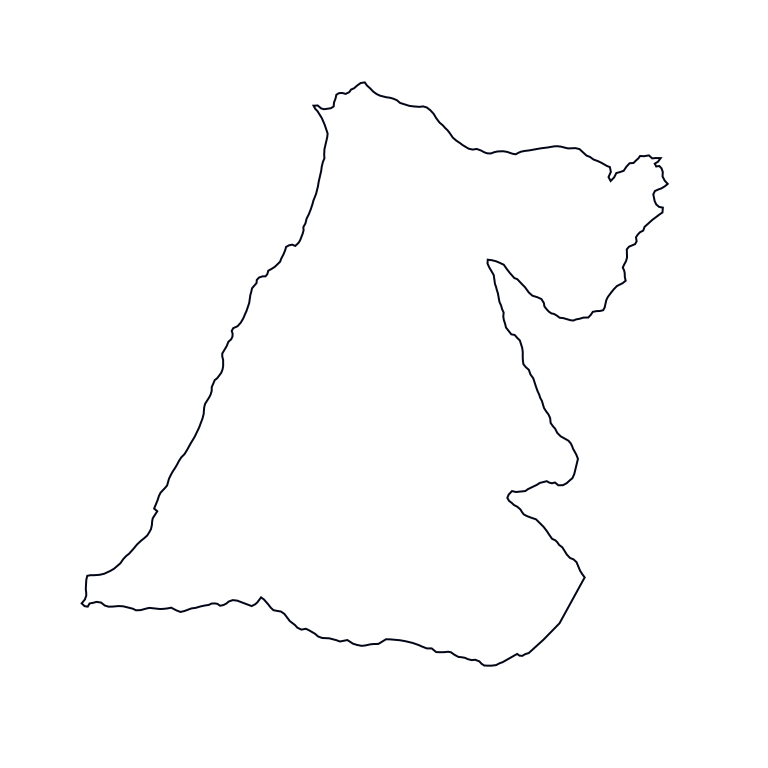 Porto Seguro, Bahia, Brazil, rotated 194°
{"feature_id": "56859067B83893589630765", "entity_name": "Porto Seguro", "entity_type": "district", "adm_level": 2, "iso_a3": "BRA", "parent_name": "Brazil", "parent_adm1": "Bahia", "projection": "orthographic", "projection_center": [-39.285, -16.636], "detail": "fine", "context": "isolated", "style": "outline", "palette": "ink", "viewbox_px": 768, "rotation_deg": 194, "n_neighbors": 0, "source": "geoboundaries", "source_scale": "gbopen_adm2", "svg_char_len": 6162}
<svg xmlns="http://www.w3.org/2000/svg" viewBox="0 0 768 768"><g transform="rotate(194 384 384)"><path d="M142.5,244.9L145.8,247.6L148.5,250.2L154.1,257.7L157.7,259.7L161.4,260.2L165.3,262.7L171.5,268.7L175.1,270.2L177.6,272.4L180.0,273.8L183.4,274.4L187.0,277.5L190.2,280.5L194.6,284.0L203.8,289.5L208.0,289.8L213.3,290.4L216.9,291.3L219.2,293.2L221.3,295.3L225.1,297.2L228.6,298.0L231.2,299.5L234.3,300.8L236.8,303.3L236.3,306.8L233.9,311.1L229.9,311.1L221.0,314.3L218.9,316.8L211.2,323.2L208.9,325.7L202.5,329.1L199.9,328.3L197.0,328.3L194.3,329.8L190.4,327.9L185.9,329.1L182.7,332.0L180.4,335.5L178.4,338.2L177.6,342.7L177.7,358.3L180.5,362.2L184.9,366.9L186.5,369.3L188.5,371.6L191.3,373.6L200.0,376.0L204.1,378.5L207.2,382.1L209.6,383.7L212.8,386.4L214.6,391.2L217.2,394.4L220.0,396.6L223.0,399.5L226.7,405.8L229.2,408.5L230.6,410.9L233.1,414.0L235.4,417.4L240.6,425.7L244.2,428.7L246.9,432.8L250.4,434.6L253.5,436.9L255.0,440.6L256.0,444.0L257.1,448.6L258.6,452.4L262.7,459.1L265.6,460.8L269.1,463.2L272.5,463.0L279.3,468.3L281.1,471.8L283.2,475.1L284.6,478.4L285.2,482.3L287.6,485.3L289.2,488.2L291.9,491.7L295.4,499.5L297.2,502.4L298.7,505.2L300.5,507.9L303.9,516.3L310.0,522.5L312.7,525.9L313.4,529.7L309.2,530.2L305.1,530.2L301.7,529.7L296.6,528.7L292.5,525.1L288.5,522.0L283.1,518.3L280.1,518.0L274.2,514.2L270.7,512.1L265.6,507.8L261.4,505.6L256.2,505.3L251.8,504.5L248.5,501.3L247.1,498.1L244.6,496.1L241.6,494.1L238.6,493.0L235.9,493.1L232.9,492.2L229.6,490.8L226.0,491.3L218.5,491.0L215.6,491.4L213.0,493.3L210.2,494.5L206.5,496.7L201.9,497.9L200.0,501.3L198.9,504.5L195.5,506.1L192.1,507.1L189.2,508.6L188.4,511.6L188.6,519.0L187.9,522.5L185.8,527.5L183.9,531.6L181.7,535.4L176.8,539.6L174.5,542.7L176.2,546.0L177.3,549.9L178.6,552.5L180.5,554.7L179.9,557.9L178.9,561.7L178.8,565.6L181.0,573.4L179.5,576.5L174.2,580.5L173.4,583.6L175.0,587.3L173.9,590.4L172.4,593.1L169.6,595.6L169.2,599.5L163.4,608.1L157.9,614.9L155.3,617.8L156.1,622.6L159.9,622.4L163.3,624.1L165.6,626.9L168.6,633.2L167.8,636.8L164.9,639.1L162.3,640.8L159.3,643.8L157.1,646.8L160.7,649.1L163.9,652.7L164.8,657.2L166.9,660.4L169.6,662.1L172.5,660.9L174.6,663.3L171.9,666.0L170.2,670.1L175.0,669.0L178.3,667.8L182.3,669.9L186.9,667.9L190.7,667.2L191.8,664.4L193.6,661.8L195.4,658.8L199.1,657.6L201.4,653.4L203.0,648.9L206.5,646.6L209.6,644.9L210.7,640.1L213.2,635.8L216.2,639.1L215.2,644.7L217.3,649.1L220.5,649.5L226.4,651.2L230.3,652.0L235.0,652.5L239.2,654.2L242.7,654.6L251.1,659.2L255.2,659.2L262.5,657.1L270.0,657.1L273.6,656.6L276.5,655.7L282.9,652.9L288.9,650.6L299.6,645.8L303.8,644.2L307.2,642.6L309.6,640.8L311.7,638.8L314.7,638.5L317.4,638.7L320.6,639.0L324.5,638.7L327.4,637.9L330.1,637.1L333.1,635.6L336.2,633.5L339.6,632.8L342.8,633.1L346.2,634.0L350.9,634.5L354.7,632.9L358.8,632.8L365.4,634.8L368.7,636.2L372.6,637.6L376.8,639.7L381.3,643.7L383.8,645.6L386.6,647.2L389.3,649.1L393.4,651.1L397.8,654.7L401.1,658.1L405.2,660.8L409.5,662.7L413.3,662.8L416.6,661.5L421.9,660.6L426.5,660.0L436.4,660.6L440.2,662.5L444.2,663.1L447.5,663.2L451.0,662.8L457.7,662.8L461.1,663.5L465.0,665.0L468.8,667.4L472.9,669.6L475.6,672.0L479.4,670.4L482.1,667.3L484.6,663.7L487.2,661.7L488.3,658.8L491.4,656.2L494.9,656.3L498.1,655.3L500.2,653.1L500.1,649.2L500.6,645.1L500.0,641.1L502.3,638.7L508.7,636.1L511.7,636.2L515.7,638.2L519.7,637.0L517.3,634.4L514.5,632.6L508.7,627.0L504.2,621.1L499.3,613.4L498.8,609.8L498.6,597.5L497.5,591.9L496.4,588.6L497.0,584.8L497.0,579.8L496.5,575.7L496.3,564.5L495.9,559.8L495.9,556.3L495.9,552.1L496.9,544.5L496.9,541.4L497.3,536.0L498.0,530.6L499.1,525.7L499.1,520.7L500.2,516.8L499.2,513.5L499.3,510.0L500.2,503.0L501.1,500.2L503.5,496.5L506.8,497.0L509.7,495.6L512.2,493.3L512.2,490.4L512.9,485.5L514.0,481.0L514.4,477.5L518.2,471.4L520.5,468.9L523.7,465.9L523.8,462.4L525.0,459.8L527.8,459.1L531.0,457.1L532.6,454.2L532.1,451.1L535.2,445.0L535.1,441.4L535.2,437.9L534.4,430.0L535.1,421.5L535.8,417.8L536.2,414.7L536.9,411.9L537.9,408.7L540.1,404.6L543.8,401.7L544.6,398.6L543.1,396.3L542.5,393.3L543.1,390.4L545.2,387.3L545.8,382.8L548.3,374.4L547.6,371.6L545.9,368.4L544.4,362.5L544.2,358.9L544.6,355.6L546.2,351.7L547.4,349.0L549.2,346.8L549.7,343.3L550.4,339.4L549.5,335.5L549.7,331.7L550.4,328.7L552.8,321.5L552.8,317.6L551.7,311.1L551.8,306.2L552.9,296.8L553.5,294.0L554.9,287.1L557.3,279.3L559.1,272.4L560.6,267.7L562.9,263.9L564.4,259.5L565.3,255.7L566.5,251.7L567.8,248.1L568.8,244.4L569.7,240.1L569.9,233.1L571.3,230.2L574.5,224.5L575.3,220.9L575.6,216.4L576.9,207.5L573.2,205.7L575.9,197.8L575.7,194.3L575.1,191.1L575.0,186.8L575.8,183.6L577.1,179.7L579.5,176.2L582.0,172.9L584.9,168.4L586.9,164.1L590.3,157.6L592.6,154.7L594.6,151.1L596.4,146.3L601.3,139.4L604.5,136.3L609.6,132.2L613.7,130.1L618.2,128.6L622.7,127.4L625.5,126.1L625.5,122.1L624.4,116.2L623.7,112.7L622.5,109.6L621.7,106.6L622.1,102.6L624.3,98.0L620.7,96.0L617.6,96.3L616.6,99.8L613.1,101.4L610.4,103.0L605.7,103.5L601.3,101.5L597.4,101.3L593.4,102.4L587.9,104.3L583.4,105.2L573.3,105.2L569.9,104.4L565.3,105.8L560.7,108.4L557.6,110.0L546.7,111.5L542.9,112.7L539.5,114.0L536.4,115.5L530.6,114.1L526.3,113.6L522.8,115.4L516.5,119.7L512.6,121.2L508.4,123.7L504.1,125.8L500.5,127.3L498.3,129.2L495.4,130.1L492.5,130.4L489.4,129.2L486.3,130.7L483.8,132.9L482.0,135.4L478.5,137.7L474.1,138.3L458.7,136.5L455.7,139.1L454.1,141.4L451.7,147.2L448.4,145.9L442.8,142.0L439.8,139.6L436.6,137.8L432.3,138.0L429.0,138.3L425.0,136.8L418.1,131.2L412.1,128.6L409.1,126.6L404.7,125.7L400.6,127.6L397.6,127.0L390.6,125.0L386.9,123.1L382.6,122.6L375.5,124.0L368.2,123.9L364.4,123.5L357.6,126.7L351.2,124.5L347.0,124.3L342.6,124.5L339.5,125.5L334.0,128.2L330.9,129.3L326.6,130.4L320.3,136.8L316.3,137.7L306.7,139.2L301.3,139.6L293.5,139.7L287.3,139.1L283.9,138.5L278.6,137.8L273.8,139.0L268.5,136.5L263.9,137.5L260.0,138.6L257.1,139.7L254.1,139.9L250.4,138.4L245.9,137.2L242.1,137.7L239.3,137.9L235.9,137.3L232.1,137.3L228.8,138.5L224.3,137.9L221.8,136.2L218.7,135.1L215.1,135.8L211.3,136.8L207.2,138.4L204.2,141.1L201.8,142.6L189.5,154.3L186.8,153.2L184.0,153.7L181.6,156.1L178.5,157.9L167.4,174.5L155.8,194.3L142.5,244.9Z" fill="none" stroke="#020617" stroke-width="2"/></g></svg>